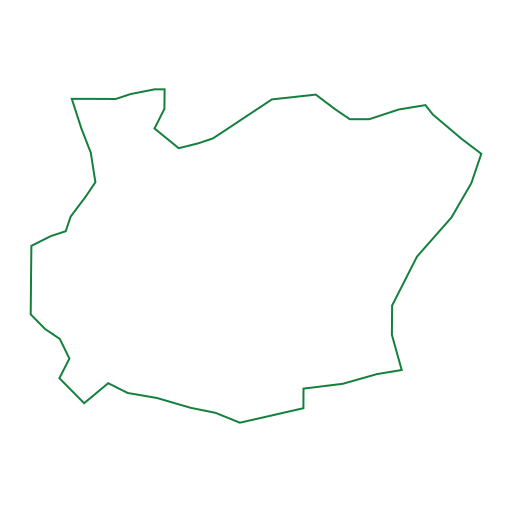 outline of Sinchon, Hwanghae-namdo, North Korea
{"feature_id": "82179303B96637573116833", "entity_name": "Sinchon", "entity_type": "district", "adm_level": 2, "iso_a3": "PRK", "parent_name": "North Korea", "parent_adm1": "Hwanghae-namdo", "projection": "robinson", "projection_center": [125.442, 38.3], "detail": "fine", "context": "isolated", "style": "outline", "palette": "green", "viewbox_px": 512, "rotation_deg": 0, "n_neighbors": 0, "source": "geoboundaries", "source_scale": "gbopen_adm2", "svg_char_len": 781}
<svg xmlns="http://www.w3.org/2000/svg" viewBox="0 0 512 512"><path d="M71.8,98.9L81.3,128.3L90.8,152.8L95.4,182.2L85.5,196.9L70.7,216.5L65.7,231.2L51.0,236.0L31.4,245.8L31.1,270.3L30.9,294.8L30.7,314.4L45.2,329.1L59.8,338.9L69.4,358.6L59.4,378.2L84.1,403.2L108.2,383.2L127.7,393.0L156.9,398.0L191.0,407.9L215.4,412.8L239.8,422.7L303.4,408.2L303.5,388.6L342.7,383.8L376.9,374.1L401.7,370.0L391.9,334.9L392.1,305.5L417.0,256.6L451.5,217.4L471.3,183.2L481.3,153.8L461.9,139.1L432.8,114.5L425.4,105.1L398.7,109.5L369.3,119.2L349.8,119.2L335.2,109.3L315.8,94.6L271.9,99.4L242.4,118.9L227.7,128.7L212.9,138.4L198.3,143.3L178.7,148.2L154.5,128.5L164.4,108.9L164.6,89.3L154.8,89.3L130.4,94.1L115.7,99.0L96.2,98.9L81.5,98.9L71.8,98.9Z" fill="none" stroke="#15803d" stroke-width="2"/></svg>